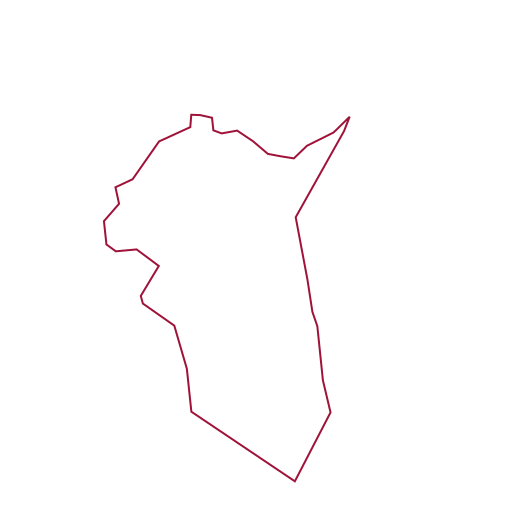 Ayérou, Tillabéri, Niger, rotated 123°
{"feature_id": "23599985B66518443893936", "entity_name": "Ayérou", "entity_type": "district", "adm_level": 2, "iso_a3": "NER", "parent_name": "Niger", "parent_adm1": "Tillabéri", "projection": "robinson", "projection_center": [1.048, 14.94], "detail": "fine", "context": "isolated", "style": "outline", "palette": "rose", "viewbox_px": 512, "rotation_deg": 123, "n_neighbors": 0, "source": "geoboundaries", "source_scale": "gbopen_adm2", "svg_char_len": 621}
<svg xmlns="http://www.w3.org/2000/svg" viewBox="0 0 512 512"><g transform="rotate(123 256 256)"><path d="M172.8,387.2L183.7,381.3L212.7,399.7L258.8,401.3L274.9,411.3L286.8,399.3L309.6,402.5L327.8,387.7L328.4,376.1L315.5,359.7L317.3,332.1L352.2,330.9L357.5,325.0L358.9,286.6L388.2,252.6L421.8,225.4L423.8,100.7L346.6,108.3L323.8,132.2L281.5,166.3L272.1,178.3L248.0,199.8L201.9,243.8L103.3,250.2L88.2,253.3L107.1,257.5L110.3,258.3L135.8,273.3L153.5,277.4L159.4,290.7L163.9,301.7L161.4,320.9L161.1,340.1L171.9,351.6L173.8,360.2L164.0,368.2L168.2,379.5L172.8,387.2Z" fill="none" stroke="#9f1239" stroke-width="2"/></g></svg>